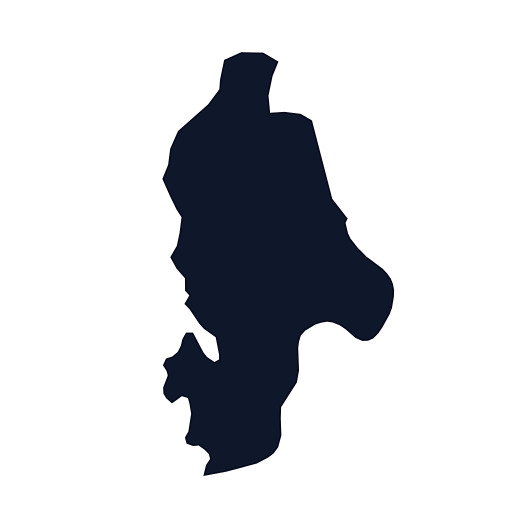 Kumchon, Hwanghae-bukto, North Korea (Robinson projection), rotated 345°
{"feature_id": "82179303B1083832537536", "entity_name": "Kumchon", "entity_type": "district", "adm_level": 2, "iso_a3": "PRK", "parent_name": "North Korea", "parent_adm1": "Hwanghae-bukto", "projection": "robinson", "projection_center": [126.491, 38.201], "detail": "fine", "context": "isolated", "style": "filled", "palette": "ink", "viewbox_px": 512, "rotation_deg": 345, "n_neighbors": 0, "source": "geoboundaries", "source_scale": "gbopen_adm2", "svg_char_len": 1531}
<svg xmlns="http://www.w3.org/2000/svg" viewBox="0 0 512 512"><g transform="rotate(345 256 256)"><path d="M353.3,243.4L343.7,220.6L343.9,199.7L344.1,172.8L344.4,139.9L335.5,130.9L320.7,124.9L305.8,121.9L308.9,104.0L318.0,86.0L327.0,74.1L315.2,62.1L294.4,56.1L276.5,59.0L267.5,76.9L264.4,85.9L249.4,97.8L231.5,106.7L213.5,115.7L201.5,130.6L195.4,145.5L186.3,157.5L189.1,175.4L192.0,190.4L194.9,199.3L188.8,214.3L182.7,226.2L173.7,235.2L176.6,247.1L182.4,259.1L179.3,271.0L182.3,277.0L175.4,283.9L178.7,289.9L184.3,306.2L187.4,312.4L196.8,323.8L195.5,342.0L194.2,347.0L187.9,348.5L186.9,347.0L182.0,341.4L179.5,335.6L174.7,314.3L168.8,312.7L164.0,317.7L160.7,323.8L155.9,329.1L149.2,332.2L142.9,332.5L138.6,337.7L140.6,343.6L140.6,348.8L133.0,359.3L131.7,364.9L133.2,370.1L137.0,375.7L148.2,371.4L154.1,375.1L154.3,380.6L153.3,391.7L145.9,408.4L142.6,411.7L141.1,413.3L141.1,418.9L146.4,422.6L152.0,423.5L156.8,429.4L159.9,434.9L159.9,440.5L154.3,445.4L149.4,454.2L171.8,455.9L189.5,455.9L203.1,455.9L215.3,453.1L221.4,450.7L227.3,446.0L233.4,435.5L237.2,418.9L240.5,408.1L262.1,388.3L267.2,377.5L272.3,355.3L274.6,349.8L277.9,344.2L283.7,340.2L295.4,336.8L301.3,336.5L307.9,337.1L313.0,339.3L319.3,343.9L324.1,349.4L331.3,360.2L337.1,364.9L340.3,365.6L342.4,366.1L347.8,365.2L353.6,361.8L359.0,357.2L369.4,346.4L373.2,341.1L378.0,330.6L379.8,324.5L380.3,318.6L379.6,313.0L377.5,307.2L374.5,301.6L361.7,285.3L355.6,274.5L351.0,263.7L350.0,258.1L350.3,247.0L353.3,243.4Z" fill="#0f172a" stroke="#020617" stroke-width="1.5"/></g></svg>